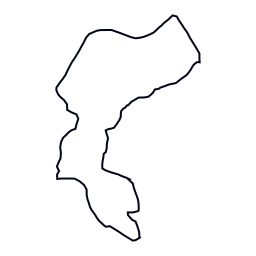 Qakh District, Qax, Azerbaijan
{"feature_id": "54616110B49356278605879", "entity_name": "Qakh District", "entity_type": "district", "adm_level": 2, "iso_a3": "AZE", "parent_name": "Azerbaijan", "parent_adm1": "Qax", "projection": "orthographic", "projection_center": [46.895, 41.256], "detail": "fine", "context": "isolated", "style": "outline", "palette": "ink", "viewbox_px": 256, "rotation_deg": 0, "n_neighbors": 0, "source": "geoboundaries", "source_scale": "gbopen_adm2", "svg_char_len": 2133}
<svg xmlns="http://www.w3.org/2000/svg" viewBox="0 0 256 256"><path d="M199.7,62.3L199.4,58.5L199.4,53.5L197.0,49.2L193.5,43.5L190.0,37.9L187.3,32.6L184.0,28.0L182.1,24.9L179.3,20.9L176.8,16.5L172.6,15.4L168.9,19.0L166.8,20.8L163.9,23.0L161.9,25.2L160.4,26.4L159.2,27.3L156.3,30.2L153.4,32.7L149.2,34.7L144.2,36.7L141.1,37.5L135.7,38.3L131.0,37.2L128.3,36.1L125.0,34.9L119.8,32.9L116.3,31.7L111.5,30.0L108.5,30.0L100.4,30.1L96.9,30.7L91.7,32.9L89.2,34.0L86.0,37.8L83.7,42.5L81.6,46.2L79.4,50.3L77.1,54.1L74.7,58.1L71.7,62.5L69.5,66.7L67.5,70.6L65.4,75.1L62.5,79.2L59.7,82.8L56.6,87.4L56.5,87.5L56.3,90.0L58.2,94.5L60.5,97.1L64.1,100.2L67.0,104.3L67.2,109.9L71.6,112.4L76.5,114.4L78.3,118.8L76.4,124.7L75.4,128.9L71.7,130.1L68.6,132.3L66.8,134.3L63.2,137.7L61.1,141.8L60.2,147.3L60.9,152.8L60.5,158.4L58.5,162.6L56.9,166.5L59.1,171.2L57.1,174.4L57.1,174.8L57.2,178.9L62.0,178.5L67.8,178.5L74.6,178.6L79.6,181.3L83.9,184.8L86.6,189.5L86.7,195.2L87.6,199.6L88.8,202.8L89.9,206.7L91.5,209.9L95.0,214.6L96.9,217.9L99.2,220.9L102.6,224.1L104.5,225.8L106.5,227.1L106.2,226.7L109.9,226.2L119.0,231.9L124.0,235.3L128.0,237.7L132.8,240.6L135.5,240.2L138.4,238.5L139.9,237.5L139.4,236.9L139.1,231.8L136.9,224.8L135.5,221.5L132.0,219.7L128.0,215.1L127.8,212.4L133.3,212.4L138.4,211.0L138.7,209.4L138.7,206.4L138.4,202.1L137.9,199.4L136.7,195.8L135.7,193.2L133.9,188.1L132.8,183.5L128.6,179.5L129.3,179.2L127.8,178.6L126.7,177.8L124.4,177.1L120.7,175.6L118.2,174.4L114.3,173.3L110.7,172.2L108.7,171.5L105.5,170.3L102.4,168.5L102.2,165.1L102.7,160.5L103.4,157.2L103.7,153.9L105.7,152.2L106.7,148.4L106.9,143.7L108.0,138.1L106.5,133.4L105.7,130.4L108.9,128.9L110.1,128.9L114.0,127.8L115.7,125.4L117.2,123.5L118.1,121.8L119.2,120.5L120.8,116.7L120.8,113.7L121.2,111.0L123.3,108.7L125.2,107.5L127.1,105.3L128.0,105.3L129.7,103.7L131.3,101.8L134.3,100.1L137.1,98.4L138.8,97.5L142.5,97.5L145.4,97.3L148.7,96.6L152.6,93.1L154.9,89.5L158.9,88.7L160.4,87.6L165.1,86.0L168.1,84.8L170.3,84.2L175.8,83.1L179.4,80.3L181.5,78.6L186.3,75.3L188.2,73.2L190.8,69.5L192.1,67.2L193.8,64.6L197.0,62.1L199.7,62.3Z" fill="none" stroke="#020617" stroke-width="2"/></svg>